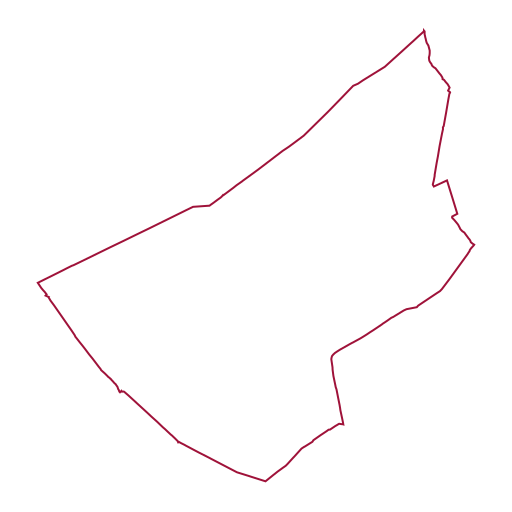 Buftea, Ilfov, Romania
{"feature_id": "2599482B99288880731424", "entity_name": "Buftea", "entity_type": "district", "adm_level": 2, "iso_a3": "ROU", "parent_name": "Romania", "parent_adm1": "Ilfov", "projection": "robinson", "projection_center": [25.955, 44.56], "detail": "fine", "context": "isolated", "style": "outline", "palette": "rose", "viewbox_px": 512, "rotation_deg": 0, "n_neighbors": 0, "source": "geoboundaries", "source_scale": "gbopen_adm2", "svg_char_len": 4043}
<svg xmlns="http://www.w3.org/2000/svg" viewBox="0 0 512 512"><path d="M178.2,442.4L178.6,442.2L178.9,441.9L179.6,442.3L181.0,443.1L184.4,444.8L186.5,446.0L187.5,446.5L193.5,449.7L198.8,452.5L210.2,458.3L210.3,458.4L237.0,472.3L248.9,476.0L251.0,476.7L265.5,481.3L268.6,478.8L271.1,476.8L273.8,474.6L274.8,473.9L275.1,473.6L277.6,471.6L281.2,469.0L282.7,467.9L285.7,465.8L287.4,464.1L289.4,461.9L291.3,459.8L293.4,457.5L294.1,456.8L301.5,448.6L304.2,446.8L304.4,446.8L312.4,441.8L313.4,440.2L321.1,434.8L321.6,434.5L326.7,431.1L328.6,429.7L330.0,429.6L335.5,425.9L336.6,425.3L338.7,424.0L339.1,423.8L339.3,423.8L341.3,424.1L343.0,424.3L343.3,424.4L343.0,422.6L342.2,418.7L340.4,410.3L340.0,407.4L339.7,405.8L339.7,405.6L338.7,400.6L338.2,398.1L336.5,389.4L335.7,387.1L335.4,385.5L333.9,378.3L333.4,375.9L332.6,369.7L332.5,367.3L331.3,359.1L331.6,357.5L332.0,356.1L333.2,354.6L334.9,353.0L337.1,351.5L340.1,349.6L350.0,344.0L352.4,342.7L352.9,342.5L354.7,341.5L360.4,338.4L364.3,336.0L367.0,334.3L370.1,332.2L372.8,330.5L376.7,327.9L381.9,324.4L382.5,323.9L383.3,323.3L384.3,322.7L387.4,320.6L390.5,318.4L391.3,317.8L393.1,317.0L403.7,310.5L406.5,309.2L416.8,307.2L418.2,305.6L430.3,297.5L436.9,293.1L440.0,291.1L441.9,289.1L449.6,278.9L467.8,253.8L468.3,252.9L469.5,251.2L469.8,250.1L470.9,248.5L472.8,246.4L473.8,245.3L474.2,244.7L473.6,244.3L472.8,243.8L471.9,243.1L470.8,242.2L470.2,240.5L469.4,239.3L468.4,238.2L467.8,237.3L465.7,234.5L464.3,232.5L463.8,232.2L462.3,231.2L460.4,229.2L459.7,227.7L458.7,225.8L458.5,225.4L458.4,225.2L457.9,224.4L457.2,223.5L454.3,220.0L453.6,219.3L452.1,217.7L452.2,216.5L457.3,213.8L452.6,198.5L450.0,190.1L447.0,180.4L434.1,186.4L433.9,186.5L433.8,186.3L433.0,185.1L432.8,184.4L433.7,180.9L434.7,175.8L434.6,175.2L435.9,167.4L436.7,162.7L437.9,156.4L439.4,147.2L439.6,146.0L442.0,133.6L443.0,129.1L442.9,127.5L443.2,126.8L443.7,126.1L446.1,112.7L448.4,99.1L449.1,95.4L449.3,94.1L450.1,92.5L449.8,91.9L448.7,91.3L448.1,90.6L449.6,87.6L448.3,85.3L447.5,84.0L447.1,83.6L445.5,81.8L444.4,80.3L443.8,79.7L442.6,79.2L442.5,78.0L442.3,77.4L440.9,75.1L439.5,73.5L435.4,68.2L435.2,68.1L434.7,67.8L433.9,67.3L432.3,65.9L431.7,64.8L431.4,63.9L430.1,62.2L429.3,60.7L429.1,59.4L428.9,57.5L429.5,55.2L429.7,53.1L429.7,51.2L429.7,50.6L429.5,49.8L428.4,45.6L426.7,42.8L426.6,42.4L426.4,41.8L426.0,40.3L425.7,38.8L425.3,37.4L424.9,35.4L424.7,34.7L424.6,34.1L424.6,33.5L424.6,31.4L424.4,31.2L424.0,30.7L424.0,30.8L423.8,31.2L423.7,31.4L423.5,31.7L422.0,33.1L418.3,36.4L412.9,41.4L411.2,42.9L403.6,49.8L395.0,57.6L393.6,58.8L392.2,60.1L384.8,66.8L363.0,80.3L358.0,83.7L353.2,85.8L339.2,100.3L327.9,111.9L303.7,135.7L289.2,146.5L286.7,148.2L282.6,150.9L258.0,169.7L244.4,179.6L242.6,180.9L242.3,181.2L236.6,185.2L233.1,188.0L231.6,189.1L223.4,195.2L223.1,195.0L221.7,196.6L220.6,197.6L217.5,199.8L212.8,203.3L211.8,204.0L211.6,204.1L209.5,205.7L207.8,205.8L193.4,206.8L193.1,206.8L185.9,210.3L183.9,211.3L149.6,228.2L136.6,234.5L123.5,240.9L110.4,247.2L97.3,253.6L78.9,262.6L73.5,265.2L72.4,265.6L72.0,265.7L66.2,268.6L63.9,269.8L37.8,282.8L41.2,287.9L43.2,290.3L44.7,291.9L45.6,293.1L46.1,293.7L46.6,294.4L45.6,295.6L48.5,296.9L48.4,297.0L50.5,300.6L54.0,305.3L69.6,327.7L69.9,328.1L72.1,331.3L74.5,334.9L74.6,335.1L75.0,335.8L75.1,336.1L75.2,336.4L75.3,336.6L75.4,336.8L75.7,337.1L77.9,339.9L80.0,342.6L82.2,345.3L85.0,348.9L87.7,352.5L89.2,354.5L92.4,358.4L95.9,363.0L98.7,366.7L100.5,368.9L101.0,369.9L101.2,370.2L104.8,373.4L107.8,376.4L108.4,377.1L108.7,377.3L109.3,377.6L109.7,378.0L110.2,378.6L110.8,379.0L111.4,379.7L111.6,380.1L112.4,380.8L114.4,383.1L114.8,383.5L115.5,384.0L116.7,385.8L117.4,386.7L118.2,389.1L118.7,389.8L119.1,391.0L119.5,391.8L120.0,392.3L121.4,390.9L121.7,391.5L122.0,391.7L123.2,391.5L124.1,391.7L128.6,395.6L137.3,403.6L142.0,407.9L146.7,412.2L151.3,416.5L157.3,421.9L162.9,427.3L165.1,429.2L167.5,431.5L168.8,432.7L170.7,434.5L172.1,435.6L172.6,436.1L173.2,436.7L174.7,438.1L176.9,440.3L177.9,441.4L178.0,441.8L178.1,442.2L178.2,442.4Z" fill="none" stroke="#9f1239" stroke-width="2"/></svg>